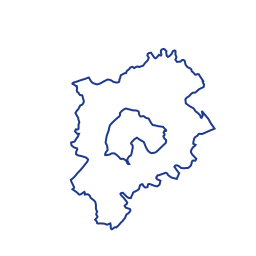 outline of Shibin al-Kum, Al Minufiyah, Egypt, rotated 46°
{"feature_id": "37247803B79022336260348", "entity_name": "Shibin al-Kum", "entity_type": "district", "adm_level": 2, "iso_a3": "EGY", "parent_name": "Egypt", "parent_adm1": "Al Minufiyah", "projection": "albers", "projection_center": [31.013, 30.561], "detail": "fine", "context": "isolated", "style": "outline", "palette": "blue", "viewbox_px": 256, "rotation_deg": 46, "n_neighbors": 0, "source": "geoboundaries", "source_scale": "gbopen_adm2", "svg_char_len": 5903}
<svg xmlns="http://www.w3.org/2000/svg" viewBox="0 0 256 256"><g transform="rotate(46 128 128)"><path d="M191.4,205.5L191.5,202.9L191.3,200.9L191.1,198.3L191.2,196.5L190.8,194.2L190.6,192.6L189.6,190.3L189.1,188.9L189.6,187.3L189.5,185.0L188.9,183.4L187.7,182.9L185.9,183.8L184.7,184.4L183.8,184.9L181.7,184.6L181.5,183.2L181.8,181.8L181.2,180.4L180.5,180.2L174.8,179.6L172.5,179.7L170.7,179.5L170.0,179.0L170.0,178.3L171.0,176.7L176.7,176.6L179.0,176.0L180.0,175.1L180.4,174.5L179.8,173.5L178.7,170.5L178.1,169.4L178.2,167.8L178.4,167.4L178.7,166.9L179.4,164.1L179.6,162.8L179.2,162.1L177.5,158.8L178.2,156.8L178.7,156.6L180.0,157.1L182.1,157.1L182.8,156.9L183.5,156.0L184.0,154.9L183.6,154.4L182.5,152.8L182.7,151.9L183.9,151.0L185.5,150.3L186.7,149.7L187.4,149.5L190.2,147.7L190.7,144.8L188.5,141.3L186.7,141.9L185.5,142.6L183.7,142.5L183.0,141.6L183.1,140.9L182.6,140.0L182.7,139.4L183.4,138.6L186.5,131.8L188.2,131.4L189.5,131.9L193.2,131.3L193.9,131.1L198.5,128.3L196.0,122.5L194.4,122.5L191.6,122.1L188.2,121.6L187.8,120.4L188.3,119.3L189.7,118.2L191.4,117.8L193.6,117.6L196.2,115.4L196.7,114.5L198.6,112.3L198.7,108.8L197.6,106.8L196.9,106.0L196.5,104.7L196.3,104.4L197.0,103.3L198.2,102.4L198.0,101.0L197.6,100.3L191.9,100.2L190.3,99.9L189.6,99.7L188.7,99.2L187.8,97.8L187.0,94.8L187.3,92.3L187.1,91.1L184.6,92.0L183.2,90.3L181.5,87.5L181.3,86.6L181.3,85.7L181.8,83.2L181.4,81.8L181.7,80.7L183.8,78.9L186.7,71.0L188.6,66.2L181.9,65.1L177.5,63.9L166.9,63.1L167.8,63.6L170.9,65.5L171.8,68.0L171.3,68.3L170.6,68.2L169.7,67.5L168.1,67.3L164.7,67.4L163.3,67.8L159.2,67.2L155.1,68.5L150.5,69.3L147.3,66.9L147.1,66.2L146.9,64.8L147.2,63.7L147.5,62.3L147.4,58.4L147.6,56.9L149.1,55.3L149.3,54.2L149.5,49.8L150.7,46.2L151.0,45.0L150.3,44.1L149.4,42.9L148.3,42.9L146.3,41.9L146.5,41.3L144.7,41.0L142.2,40.5L140.1,40.2L138.8,39.7L137.6,40.3L136.9,42.1L136.4,42.6L133.2,42.5L131.6,42.7L130.9,42.4L129.6,41.7L128.2,41.9L125.9,42.8L124.5,42.9L122.4,42.6L121.3,41.9L119.7,41.0L118.8,40.5L117.5,40.9L116.7,41.8L116.7,44.1L114.5,46.8L111.8,46.5L110.7,43.9L108.2,42.9L106.7,41.5L106.2,40.8L105.3,40.3L104.4,40.8L103.9,42.4L104.5,43.8L105.0,45.1L105.1,48.1L104.6,49.9L102.8,49.9L100.1,48.0L99.4,47.0L96.7,47.0L95.7,47.6L95.0,49.2L95.2,50.6L96.5,51.8L98.5,53.0L98.7,54.1L97.8,54.6L96.9,54.8L97.2,58.0L97.2,58.9L97.0,59.8L96.0,60.2L94.0,59.9L91.0,59.4L89.9,59.1L88.7,60.7L88.4,62.3L89.3,63.7L90.9,64.0L91.8,64.2L92.7,65.9L93.1,67.7L93.0,69.5L93.6,73.7L93.3,74.8L92.8,75.5L92.3,76.6L92.1,77.5L90.4,78.4L89.7,79.7L89.2,82.0L88.3,82.0L86.9,82.4L86.1,84.4L86.5,86.5L86.2,88.8L86.2,89.5L86.4,89.9L86.9,90.6L87.1,91.3L86.8,91.5L86.6,92.0L86.1,92.6L85.6,94.9L85.1,96.1L85.3,97.2L86.2,98.2L87.2,100.5L88.1,101.4L88.6,102.6L88.3,103.3L87.8,104.2L86.9,105.0L84.8,106.4L82.9,106.8L81.1,107.4L79.0,108.9L77.5,113.5L77.2,115.1L76.7,116.9L75.4,119.6L74.7,120.3L72.2,121.6L70.3,122.2L69.4,122.2L66.7,121.7L64.6,121.1L64.2,121.4L62.9,124.7L60.5,129.3L59.8,131.1L58.3,134.0L57.8,134.9L57.3,136.3L57.5,137.2L58.0,137.2L58.7,136.8L61.7,136.2L61.9,135.9L62.4,135.7L63.3,136.7L63.8,136.7L65.4,138.8L66.9,139.5L68.1,139.1L69.7,139.6L71.1,139.6L72.5,138.3L73.4,138.5L75.4,139.8L77.0,140.5L78.3,141.4L79.2,143.3L79.4,144.7L78.6,146.7L79.9,150.6L80.0,152.7L80.7,155.4L82.5,155.9L85.9,156.7L87.7,157.9L89.2,158.6L90.4,159.4L91.0,161.0L94.1,164.0L94.3,164.7L93.8,165.6L92.7,166.5L93.5,168.4L97.0,168.5L98.1,167.3L99.4,170.1L99.8,172.7L100.4,174.7L100.6,175.9L98.9,179.0L101.2,180.7L103.2,180.5L104.6,180.3L107.2,178.8L108.1,179.3L109.1,181.8L110.7,183.5L112.8,183.1L114.4,182.0L115.3,181.3L117.0,180.4L118.4,179.6L120.2,178.7L122.7,178.5L123.6,179.7L124.0,181.1L124.4,184.3L124.8,187.3L125.1,189.8L125.3,192.8L125.4,196.2L125.8,198.7L125.9,202.9L125.6,205.1L126.7,205.8L133.1,207.9L133.7,209.0L133.5,210.5L135.1,210.2L137.1,209.8L138.0,209.6L139.9,209.4L141.3,209.5L142.2,209.2L142.9,207.9L143.6,203.8L144.2,203.8L145.9,205.3L147.3,203.4L147.6,203.0L149.0,202.6L150.4,202.6L151.3,203.1L152.4,203.4L153.6,203.2L156.1,202.8L158.2,202.8L159.7,203.6L161.3,204.7L163.5,206.9L164.7,207.6L166.0,208.1L166.5,208.1L168.0,210.9L170.5,211.4L170.9,212.3L171.1,215.3L173.3,215.4L174.0,215.6L175.1,216.3L175.6,216.1L176.3,215.4L177.7,213.9L179.9,211.9L180.8,211.2L182.4,210.6L183.4,209.7L183.9,207.7L184.4,207.0L186.2,208.2L187.3,209.4L188.6,210.1L189.5,210.1L189.8,209.6L190.1,206.7L191.0,205.6L191.4,205.5ZM158.4,108.1L159.1,108.6L160.9,109.1L163.2,109.0L163.7,109.4L164.1,110.1L164.5,110.4L165.0,111.5L164.9,114.7L164.9,122.5L164.8,124.5L164.3,125.9L163.6,127.0L162.4,128.6L160.8,129.2L159.6,129.4L157.8,129.4L156.4,129.1L154.6,128.6L149.6,126.6L148.7,126.4L147.6,126.8L145.7,127.4L143.9,127.8L141.8,128.2L141.1,128.4L140.8,130.0L140.5,131.9L140.7,133.2L140.7,134.8L141.1,136.4L141.5,136.7L143.4,136.7L145.2,137.9L146.0,139.1L148.7,143.0L149.3,144.0L149.5,144.4L149.7,145.4L149.2,146.5L149.4,148.1L149.8,149.7L150.5,150.6L151.8,151.4L153.7,152.1L154.7,152.2L154.3,152.8L153.9,153.0L152.9,153.0L150.7,152.2L149.8,152.0L146.8,152.8L145.8,153.9L145.7,154.4L144.9,154.8L141.2,154.7L138.0,155.1L137.1,155.3L135.9,156.2L134.9,157.5L134.4,159.3L133.9,160.4L133.0,161.8L132.3,162.5L131.7,163.2L130.9,162.6L130.0,160.6L129.9,159.2L129.7,158.0L126.8,155.7L125.6,155.2L125.0,154.9L124.0,154.7L122.9,154.2L122.4,153.6L121.8,152.8L119.2,149.3L118.5,148.1L117.7,146.3L117.0,145.1L116.4,143.7L115.7,142.8L114.8,141.4L113.5,139.1L113.2,135.7L113.3,130.4L113.5,127.3L113.7,126.8L113.5,125.6L113.0,124.6L112.7,124.3L112.0,123.8L111.7,123.5L111.4,120.8L111.9,117.3L112.6,116.0L113.1,115.6L118.9,112.1L120.4,110.5L121.3,109.8L122.0,109.4L123.2,109.0L123.8,109.0L125.4,110.2L126.8,110.9L128.4,111.0L129.3,109.8L130.3,108.5L133.0,108.1L135.6,106.6L140.4,107.9L143.1,108.2L145.0,106.6L147.3,105.3L151.5,102.0L156.1,102.1L156.5,102.6L156.3,103.1L155.4,103.9L156.0,105.6L157.4,105.8L158.0,106.1L158.5,106.8L158.4,108.1Z" fill="none" stroke="#1e3a8a" stroke-width="2"/></g></svg>